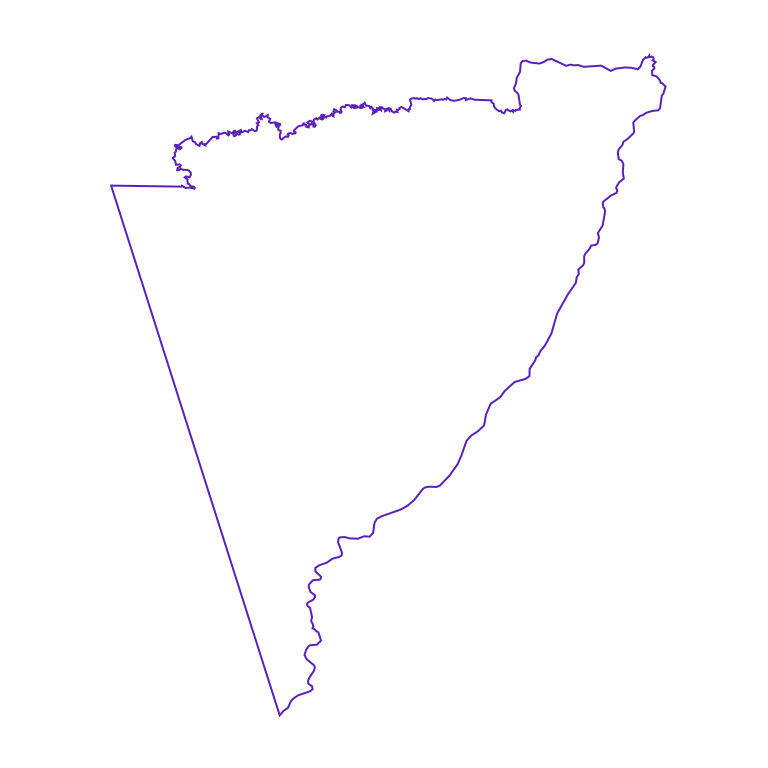 the district of Taisha, Morona Santiago, Ecuador, rotated 91°
{"feature_id": "8360857B62075287883124", "entity_name": "Taisha", "entity_type": "district", "adm_level": 2, "iso_a3": "ECU", "parent_name": "Ecuador", "parent_adm1": "Morona Santiago", "projection": "orthographic", "projection_center": [-77.601, -2.443], "detail": "fine", "context": "isolated", "style": "outline", "palette": "violet", "viewbox_px": 768, "rotation_deg": 91, "n_neighbors": 0, "source": "geoboundaries", "source_scale": "gbopen_adm2", "svg_char_len": 6085}
<svg xmlns="http://www.w3.org/2000/svg" viewBox="0 0 768 768"><g transform="rotate(91 384 384)"><path d="M52.7,128.0L55.2,130.5L62.6,133.4L64.8,135.9L63.5,142.5L63.3,148.9L64.7,158.0L67.0,162.7L61.9,172.5L63.4,190.0L61.7,195.4L62.1,199.4L61.4,203.2L62.7,207.3L56.1,222.0L57.0,226.5L59.3,229.9L60.9,234.2L60.1,242.8L58.2,247.9L58.7,251.2L61.0,252.9L69.4,253.4L75.9,256.7L81.0,257.2L85.7,259.2L88.3,258.6L90.9,255.5L92.5,254.6L102.4,252.9L103.3,251.9L106.2,253.3L107.2,252.9L107.7,256.9L108.7,257.4L107.9,259.9L109.5,259.8L108.6,260.9L109.2,262.3L108.4,264.1L107.2,265.5L108.2,267.2L111.1,268.3L110.4,270.9L108.7,271.6L109.3,273.8L106.5,277.4L104.4,278.9L102.0,279.1L100.2,281.5L98.5,281.4L98.2,298.2L96.9,302.6L98.6,307.2L96.7,307.2L96.7,309.3L98.7,314.0L99.6,318.9L99.0,322.5L96.5,325.8L98.4,326.8L98.0,328.6L98.7,329.8L98.4,331.4L99.2,335.5L98.7,337.7L100.2,338.8L98.4,340.3L97.7,342.0L97.4,345.3L98.2,346.2L98.7,350.4L97.7,352.5L98.6,354.1L97.6,356.0L98.2,357.1L97.6,358.7L98.0,361.1L99.1,363.0L104.2,361.5L107.5,363.1L108.6,362.9L108.8,364.1L110.8,364.1L106.8,371.2L107.6,373.3L109.0,373.4L109.8,374.6L109.5,375.8L111.8,375.3L111.4,377.2L112.5,378.4L110.9,381.4L108.6,382.1L108.2,383.9L110.1,383.8L108.5,385.1L109.0,386.3L110.5,386.1L111.2,387.6L109.3,387.2L108.5,390.2L107.5,390.5L107.2,392.5L110.4,391.8L109.8,392.9L110.1,394.3L109.4,395.0L108.3,394.2L108.3,395.8L109.6,395.7L110.0,397.4L110.7,395.9L111.7,396.1L110.9,397.7L112.6,397.7L113.9,399.9L110.6,399.1L110.1,400.2L108.5,400.0L107.1,401.5L108.4,402.6L106.4,403.5L106.0,406.7L103.2,408.3L104.6,409.9L105.9,409.9L105.4,411.2L106.4,411.1L106.2,412.3L107.4,412.1L107.8,409.9L108.5,411.7L107.6,414.7L108.1,415.6L106.7,415.9L106.4,416.9L108.5,417.7L108.8,418.6L108.2,419.0L107.5,418.0L105.8,418.2L105.9,420.9L107.3,420.3L108.2,421.1L105.8,424.1L105.7,427.0L108.0,428.0L107.3,430.1L108.2,431.6L110.5,432.3L112.7,431.2L113.5,431.6L113.8,432.6L112.5,433.7L112.5,435.4L111.2,436.3L110.0,438.6L112.0,439.3L113.3,437.5L114.4,439.2L117.3,439.1L116.8,440.1L114.7,441.0L116.8,442.7L117.3,445.5L118.6,446.4L117.8,448.2L119.4,449.1L118.1,450.1L116.2,448.6L115.8,450.6L116.4,451.5L119.2,451.5L120.0,450.0L120.6,450.3L120.3,451.8L118.8,453.1L120.7,455.2L119.4,456.3L121.1,458.8L122.9,459.0L126.6,456.9L127.9,457.5L127.8,459.1L125.6,458.8L125.7,461.4L122.9,460.3L122.1,462.7L123.9,465.2L126.1,462.4L127.1,463.5L128.8,463.8L128.0,466.5L126.9,465.9L126.3,466.3L126.0,468.0L124.9,468.1L124.8,469.1L126.7,469.9L127.9,474.3L132.0,478.4L133.1,478.5L134.0,476.7L134.8,476.9L135.7,480.0L134.6,481.8L135.4,484.2L136.1,484.7L137.0,483.7L138.4,484.2L138.3,487.0L141.3,490.4L141.0,491.5L139.4,492.4L136.1,492.5L135.2,491.8L132.6,491.7L132.0,493.8L131.1,494.3L127.8,493.7L126.7,492.3L125.7,492.6L125.0,495.4L128.1,494.8L128.7,496.0L126.6,497.0L124.3,497.1L125.0,501.6L123.8,503.7L121.0,502.4L119.3,505.1L117.2,504.9L119.2,508.4L117.4,510.6L116.0,510.2L116.1,511.0L117.4,512.2L121.3,510.9L121.1,512.0L119.0,513.3L120.6,515.7L124.6,513.7L125.4,515.7L127.4,514.1L129.0,515.5L132.4,515.6L133.2,516.4L133.4,517.6L131.4,520.7L132.6,521.9L132.6,523.4L134.5,524.2L133.3,527.3L135.0,530.9L132.6,531.5L134.3,534.5L135.0,532.4L137.0,532.5L137.2,533.8L136.0,536.0L137.8,536.4L138.9,537.6L138.4,538.6L136.5,538.8L134.0,536.9L133.5,537.5L133.8,538.7L136.1,540.0L134.4,544.1L137.7,543.3L138.2,543.9L136.2,545.9L135.5,548.3L137.0,551.5L136.1,553.7L141.2,553.9L141.5,555.4L139.7,555.9L140.0,559.6L147.5,566.3L147.3,567.4L148.4,567.1L147.0,570.0L145.2,570.5L146.6,572.1L149.2,572.6L147.5,576.0L145.4,577.3L144.7,579.4L140.1,580.8L141.4,581.9L143.4,586.7L148.8,593.7L148.6,597.0L149.9,597.2L150.5,596.4L150.7,591.2L151.3,590.6L152.9,592.2L151.6,594.9L151.9,595.6L155.3,596.2L156.6,597.4L159.7,596.8L161.8,599.2L164.9,596.5L168.4,595.9L168.0,592.3L169.0,591.0L170.3,591.4L171.7,594.2L173.9,594.5L174.1,593.5L172.4,590.9L173.5,588.0L173.3,584.8L173.8,583.1L176.0,580.9L178.1,580.7L180.6,581.9L179.9,585.7L180.9,586.9L182.8,584.1L187.1,583.8L187.6,582.3L189.5,580.7L190.0,577.8L191.2,576.7L192.0,577.0L191.0,581.5L191.4,586.0L189.3,589.5L190.2,589.9L190.4,660.3L717.1,482.5L712.5,478.7L709.5,474.4L703.1,471.7L700.2,469.3L696.8,464.5L692.4,452.3L690.3,450.0L687.4,450.7L685.1,454.3L683.0,454.8L679.7,453.9L671.3,448.7L668.1,448.2L666.2,449.4L660.6,456.5L656.3,458.8L651.0,457.2L647.4,454.7L646.5,453.1L645.7,446.4L641.6,442.5L633.4,445.3L632.1,447.7L630.3,449.2L629.5,451.2L627.8,450.5L625.5,450.9L622.3,452.7L618.1,451.9L609.0,454.1L607.5,456.3L605.8,457.2L604.1,456.6L600.8,450.9L598.4,449.3L596.5,449.3L593.2,453.8L588.2,455.8L585.7,455.4L581.5,451.7L580.7,444.8L579.8,443.9L578.1,443.6L576.9,444.4L572.8,449.2L569.1,449.5L566.3,445.4L563.7,438.2L559.4,432.2L557.8,426.0L556.3,423.6L553.6,423.0L543.1,427.1L539.7,426.8L538.2,425.9L537.7,420.9L539.0,415.5L539.1,407.2L536.6,401.3L536.9,395.7L533.1,392.3L523.1,391.1L518.9,388.8L516.3,384.1L509.4,365.6L505.1,358.1L499.1,351.5L488.5,343.5L486.8,341.4L485.9,337.0L486.0,329.6L484.8,326.6L474.8,317.2L462.9,309.0L454.3,305.4L439.4,300.5L433.9,295.7L429.7,289.4L423.7,283.2L412.9,281.5L401.8,277.0L395.4,267.8L388.9,263.2L379.7,253.4L376.3,242.3L373.6,238.7L366.2,238.6L357.6,233.1L354.7,232.5L352.8,230.2L348.2,228.1L343.1,224.0L330.9,217.6L310.5,212.1L291.5,201.9L279.4,193.9L274.0,193.2L270.5,191.1L266.1,191.8L262.0,187.1L259.4,185.9L252.8,186.1L250.2,185.0L245.2,180.8L242.0,179.3L241.2,174.8L239.7,172.9L233.7,171.6L229.4,172.8L221.7,168.2L207.7,165.9L204.9,166.6L203.2,167.9L199.0,168.4L197.8,167.9L191.4,160.1L188.9,154.9L186.8,154.2L183.7,155.3L182.4,154.8L178.2,152.4L174.5,147.8L168.5,148.9L159.9,148.5L156.6,150.2L155.1,153.3L148.5,154.2L145.3,153.4L140.8,149.8L137.4,148.7L134.9,144.9L129.1,139.1L127.5,138.3L118.3,139.3L116.3,137.9L111.5,132.5L110.5,129.7L108.2,126.5L106.2,120.0L105.6,114.5L103.5,112.8L91.0,111.3L88.2,109.5L81.6,107.7L78.3,111.3L78.1,112.7L75.7,113.3L71.6,116.9L70.6,121.1L66.2,121.5L63.4,119.1L62.1,119.6L61.5,120.7L60.1,120.6L57.3,118.0L55.7,121.0L54.6,120.1L52.8,120.4L52.0,122.0L52.5,124.0L50.9,124.5L52.4,125.3L53.3,127.0L52.7,128.0Z" fill="none" stroke="#5b21b6" stroke-width="2"/></g></svg>